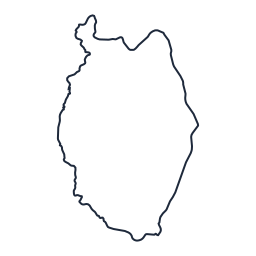 the border of Upper Takutu-Upper Essequibo
{"feature_id": "GUY-674", "entity_name": "Upper Takutu-Upper Essequibo", "entity_type": "Region", "adm_level": 1, "iso_a3": "GUY", "parent_name": "Guyana", "parent_adm1": "", "projection": "albers", "projection_center": [-59.289, 2.847], "detail": "fine", "context": "isolated", "style": "outline", "palette": "slate", "viewbox_px": 256, "rotation_deg": 0, "n_neighbors": 0, "source": "natural_earth", "source_scale": "10m", "svg_char_len": 4057}
<svg xmlns="http://www.w3.org/2000/svg" viewBox="0 0 256 256"><path d="M85.7,52.1L85.3,51.8L85.3,50.1L85.0,49.7L84.6,49.4L83.7,47.6L81.4,45.5L80.7,44.5L80.9,42.9L81.7,41.7L81.9,40.8L80.5,39.6L77.6,38.7L76.4,37.9L75.6,36.1L75.5,35.4L75.5,34.8L75.7,33.6L75.8,33.2L76.5,32.4L76.6,32.0L76.5,31.5L75.8,30.7L75.7,30.4L76.4,29.2L78.7,26.8L79.1,25.2L79.1,24.7L79.9,24.5L82.4,24.8L83.8,24.6L84.4,24.3L85.0,24.0L85.4,23.5L85.7,23.1L87.9,18.6L88.3,18.0L89.0,17.2L89.6,16.7L90.1,16.3L90.6,16.0L91.2,15.8L92.6,15.4L94.1,15.9L94.6,17.1L94.9,18.2L95.9,20.4L96.1,21.6L96.1,22.4L95.9,22.9L95.5,23.3L95.1,24.3L94.8,25.6L94.9,28.5L95.4,31.4L95.4,32.0L95.1,32.6L94.3,33.5L93.9,34.1L93.6,35.0L93.6,35.7L93.8,36.3L94.3,36.9L94.8,37.4L95.4,37.7L97.6,38.8L98.6,39.1L99.6,39.4L108.7,39.7L112.7,39.0L113.7,39.1L115.1,39.3L115.6,39.3L116.1,39.2L116.5,39.0L119.6,37.5L120.1,37.3L120.5,37.3L120.9,37.2L121.3,37.3L121.8,37.5L122.2,37.8L122.4,38.1L123.0,39.6L123.4,41.3L123.6,42.0L124.0,42.8L128.6,48.7L129.2,49.2L129.7,49.6L130.7,49.9L132.9,49.9L133.7,49.8L134.0,49.7L134.4,49.4L135.5,48.6L137.3,46.7L138.6,45.1L147.6,37.0L148.0,36.5L149.4,34.2L150.4,33.0L151.4,32.2L152.8,31.3L154.5,30.6L155.0,30.4L156.1,30.3L156.6,30.3L157.2,30.3L158.3,30.6L160.3,31.5L163.4,32.8L164.4,34.7L168.6,40.4L171.3,49.8L171.3,50.4L171.3,51.3L170.8,53.3L170.8,54.2L170.9,55.3L173.1,64.1L173.6,65.5L174.1,66.6L180.4,76.0L182.6,80.4L183.0,81.4L183.2,82.9L183.2,84.5L185.5,93.5L185.5,94.8L185.2,97.9L185.3,99.7L185.7,101.7L186.5,103.8L193.6,114.0L197.9,124.0L198.1,125.4L197.9,125.9L192.6,133.0L191.5,135.0L191.4,135.6L191.2,136.5L191.2,137.5L192.0,146.2L191.9,148.2L191.8,149.6L191.5,150.9L190.7,153.2L186.0,162.3L175.3,192.4L172.8,197.1L170.0,201.3L166.6,209.4L165.8,210.5L162.9,213.4L160.5,216.9L160.0,218.4L159.4,222.4L159.4,222.5L158.6,223.5L159.0,224.9L160.3,227.5L160.8,229.0L160.8,230.6L160.4,231.8L158.2,235.1L157.7,235.1L157.1,234.8L156.6,234.6L156.4,234.2L156.0,233.9L155.7,233.8L155.4,233.9L154.5,234.6L154.1,234.7L147.1,234.1L146.1,234.2L145.3,234.8L143.5,237.5L142.4,238.7L141.1,239.6L139.5,240.2L138.1,240.5L136.9,240.6L135.7,240.4L134.3,239.9L132.6,238.5L132.0,237.1L131.6,235.6L130.5,234.0L129.3,233.0L127.9,232.2L127.5,232.1L124.9,231.0L113.6,229.0L109.2,227.6L108.0,227.0L107.2,225.8L105.7,222.6L105.1,221.9L103.9,221.1L103.6,220.0L103.5,218.7L102.7,217.7L102.1,217.6L100.7,218.0L99.9,217.8L99.6,217.5L99.1,216.4L98.9,216.0L98.5,215.8L97.7,215.7L97.4,215.6L96.8,214.9L95.4,212.5L94.8,211.8L92.7,210.1L91.5,208.7L89.7,205.6L88.3,204.4L86.8,204.0L85.6,204.1L84.4,204.4L83.1,204.5L82.3,204.3L81.6,204.0L81.0,203.5L79.5,201.9L79.4,201.3L80.5,199.9L81.9,197.1L81.8,196.3L81.6,196.2L81.2,196.3L80.4,196.1L77.8,195.1L77.0,195.1L75.7,195.6L74.8,195.5L74.2,194.8L73.9,193.4L73.8,191.9L73.8,190.8L74.1,190.1L74.9,188.8L75.2,188.0L75.3,187.4L75.1,185.6L75.2,185.1L75.6,183.9L75.7,183.4L75.5,182.6L74.7,181.2L74.6,180.3L74.8,179.6L75.6,178.4L75.8,177.8L75.8,177.1L75.2,175.0L75.1,172.5L75.5,169.9L75.4,167.6L73.9,165.9L73.3,165.8L72.0,165.7L71.3,165.6L70.5,165.2L68.4,163.4L65.7,162.0L64.4,161.1L63.8,159.8L63.9,159.2L64.6,158.0L64.5,157.3L64.4,156.6L64.3,155.1L64.2,154.3L62.2,149.9L62.0,148.6L62.0,147.8L61.9,147.3L61.3,146.1L61.1,145.9L60.2,145.5L59.9,145.3L59.9,145.1L60.2,144.2L60.3,143.9L58.1,139.7L57.9,138.4L58.3,127.3L59.7,121.8L59.9,120.3L59.7,116.4L60.0,114.7L60.7,113.1L62.5,110.2L62.8,109.9L63.3,109.7L63.7,109.5L63.9,109.1L63.8,108.6L63.3,107.9L63.2,107.5L63.4,107.3L64.3,107.2L64.5,106.9L64.3,106.4L63.7,105.8L63.6,105.4L63.6,104.5L63.9,104.0L64.4,103.5L64.9,102.9L65.8,99.8L66.1,99.2L67.8,96.3L68.5,94.0L68.8,93.9L69.2,93.9L69.6,93.8L70.0,93.5L70.0,93.0L69.6,92.1L69.5,91.7L69.8,88.4L68.7,88.8L68.9,87.6L70.0,84.8L69.5,83.1L68.2,81.7L67.2,80.2L67.2,78.2L68.9,76.3L74.5,74.4L77.0,72.0L78.6,71.3L79.2,70.9L79.6,70.1L79.6,69.5L79.5,68.9L79.6,68.1L80.1,66.4L81.0,65.5L83.8,64.3L85.1,63.3L85.3,62.3L85.0,61.2L84.8,59.6L85.3,58.3L86.2,56.7L87.5,55.4L88.8,54.9L89.4,54.8L89.8,54.5L89.9,54.0L89.8,53.3L89.3,52.7L88.5,52.4L86.3,52.1L85.7,52.1Z" fill="none" stroke="#1e293b" stroke-width="2"/></svg>